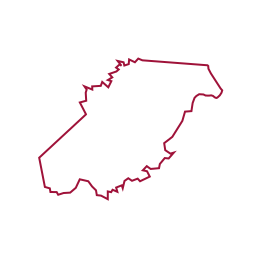 San Patricio, Texas, United States of America, rotated 303°
{"feature_id": "52423323B23065911216534", "entity_name": "San Patricio", "entity_type": "district", "adm_level": 2, "iso_a3": "USA", "parent_name": "United States of America", "parent_adm1": "Texas", "projection": "equal_earth", "projection_center": [-97.499, 28.001], "detail": "fine", "context": "isolated", "style": "outline", "palette": "rose", "viewbox_px": 256, "rotation_deg": 303, "n_neighbors": 0, "source": "geoboundaries", "source_scale": "gbopen_adm2", "svg_char_len": 1256}
<svg xmlns="http://www.w3.org/2000/svg" viewBox="0 0 256 256"><g transform="rotate(303 128 128)"><path d="M59.4,129.7L58.3,135.1L54.7,138.4L56.6,142.2L57.3,149.8L63.8,145.6L65.0,148.8L67.8,148.7L68.7,153.8L71.6,150.5L76.5,154.0L74.6,156.4L81.7,153.9L86.0,155.6L85.9,160.1L90.8,163.7L89.9,167.1L99.1,172.7L102.1,167.5L100.6,163.5L106.2,164.5L106.0,169.3L111.2,175.9L115.2,174.3L122.8,175.2L124.6,178.7L132.3,179.8L129.6,177.5L129.7,171.3L135.0,166.6L144.7,170.0L163.6,169.7L172.8,166.9L176.7,172.0L184.2,168.6L189.5,167.4L192.1,167.9L195.1,169.3L197.2,173.0L197.5,175.4L199.2,178.2L200.7,180.0L201.2,181.8L201.0,183.6L201.0,184.8L201.5,186.0L202.6,186.5L205.4,187.2L208.5,187.2L210.9,186.5L211.6,184.1L218.9,167.8L221.5,163.2L223.7,161.5L223.9,160.5L192.6,103.2L191.8,98.8L186.9,98.0L186.1,91.6L182.0,93.8L178.4,90.9L180.7,88.5L178.6,82.8L176.7,88.6L176.6,86.3L172.2,85.1L172.0,88.3L169.1,87.5L163.1,82.8L161.9,87.2L157.3,85.0L158.2,88.5L151.4,89.3L152.6,81.3L148.5,82.2L143.4,75.3L140.8,77.1L139.2,68.8L137.7,72.4L134.6,73.3L128.1,78.1L123.2,73.7L116.6,85.3L116.4,85.3L54.7,69.7L33.3,90.4L34.8,95.3L32.1,97.8L35.4,103.1L34.0,105.8L38.4,109.4L42.3,114.7L49.4,116.8L58.7,115.5L61.7,123.7L59.4,129.7Z" fill="none" stroke="#9f1239" stroke-width="2"/></g></svg>